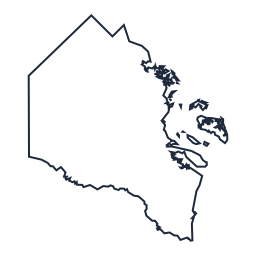 outline of Villarino, Buenos Aires, Argentina
{"feature_id": "61730980B44606052944654", "entity_name": "Villarino", "entity_type": "district", "adm_level": 2, "iso_a3": "ARG", "parent_name": "Argentina", "parent_adm1": "Buenos Aires", "projection": "natural_earth1", "projection_center": [-62.259, -39.152], "detail": "fine", "context": "isolated", "style": "outline", "palette": "slate", "viewbox_px": 256, "rotation_deg": 0, "n_neighbors": 0, "source": "geoboundaries", "source_scale": "gbopen_adm2", "svg_char_len": 5963}
<svg xmlns="http://www.w3.org/2000/svg" viewBox="0 0 256 256"><path d="M129.3,41.3L123.9,25.0L112.4,36.4L91.3,15.4L28.7,75.8L29.0,156.7L41.4,159.6L47.7,162.9L50.5,166.2L52.8,166.2L56.4,170.3L60.9,167.1L65.5,172.4L64.0,176.7L66.8,176.7L65.5,178.6L66.2,179.7L70.2,178.0L69.2,180.6L72.6,182.2L74.5,181.3L75.1,183.5L76.7,182.1L76.9,184.7L82.3,184.9L83.5,187.1L90.0,185.0L97.5,189.4L103.2,186.1L108.3,186.6L110.4,185.4L113.0,186.2L114.4,188.7L118.6,190.0L120.3,188.5L124.1,188.7L125.2,190.3L127.0,189.2L128.2,192.1L134.0,195.7L138.4,196.3L144.4,201.6L144.5,203.9L146.6,205.2L146.5,209.2L145.1,211.0L146.4,215.7L152.3,220.8L155.0,220.7L157.4,223.8L156.8,225.6L159.6,227.1L157.0,228.4L157.7,229.8L160.2,229.1L164.4,233.3L169.6,232.5L174.2,235.4L177.5,235.7L180.4,239.9L187.1,237.6L188.2,238.8L189.4,237.9L188.8,238.5L190.5,240.6L192.4,240.4L191.9,223.6L193.6,217.8L192.2,218.0L196.1,213.5L194.3,211.4L195.2,214.5L192.7,210.7L196.5,190.9L199.5,185.4L202.2,175.9L189.8,167.5L188.9,168.7L187.3,168.3L189.1,167.9L188.7,165.0L187.0,165.8L187.3,167.2L186.9,167.9L186.6,166.3L185.8,166.8L187.1,165.4L186.5,164.3L184.7,167.8L184.7,166.3L183.2,165.4L182.8,168.1L181.2,168.4L180.5,167.6L182.3,168.0L183.0,164.5L177.1,161.8L180.7,161.9L181.8,159.7L178.3,160.7L177.2,159.4L174.1,159.7L174.6,158.9L172.4,158.0L171.9,156.3L174.5,155.7L171.0,155.8L174.4,154.6L172.6,153.5L171.1,154.9L172.2,153.2L170.8,151.9L175.4,152.8L178.4,151.5L182.2,153.3L184.2,151.8L186.4,157.1L197.0,166.7L205.2,166.7L206.8,165.0L206.7,161.4L206.3,162.6L202.8,160.0L200.0,155.3L191.3,150.9L171.9,146.5L167.1,146.6L167.7,145.4L166.9,145.0L169.1,143.2L171.1,145.1L173.6,143.8L177.4,144.2L174.4,141.0L171.5,140.3L171.6,141.1L171.0,141.3L171.3,140.1L167.9,137.7L165.2,130.9L163.8,129.9L165.1,125.0L162.5,121.8L165.3,122.4L162.3,119.9L168.4,112.1L169.4,107.6L168.7,108.0L168.7,105.7L167.1,104.0L169.2,102.4L166.5,102.8L167.4,102.1L166.5,98.4L163.3,95.5L166.6,88.0L165.6,84.8L164.2,84.8L164.2,82.5L162.5,81.3L163.5,81.6L164.8,79.4L164.3,78.1L165.9,77.3L163.1,78.6L161.4,75.4L160.2,76.3L161.1,78.5L159.9,78.2L159.4,75.3L158.0,75.6L158.0,77.3L156.9,76.7L157.9,76.1L157.2,74.5L154.5,74.0L157.8,73.6L156.6,70.4L158.2,72.8L159.5,73.0L158.5,72.0L159.0,71.3L160.8,73.6L159.9,71.0L162.3,73.6L162.5,71.6L164.4,73.5L168.5,71.0L165.7,69.4L164.0,71.5L163.7,69.8L161.9,69.1L163.6,66.9L160.3,68.0L162.4,66.2L159.7,66.1L159.4,69.6L158.6,68.0L156.2,68.3L155.4,65.7L154.7,68.9L154.0,66.8L152.2,68.5L148.3,67.4L147.5,69.5L146.4,68.6L147.5,71.5L146.3,71.2L144.8,69.4L144.9,66.5L141.8,64.5L144.0,62.4L142.6,61.9L142.9,61.1L146.1,63.1L148.1,61.3L150.6,61.6L148.1,51.6L141.9,45.9L129.3,41.3ZM209.9,119.3L205.5,117.6L206.7,119.7L206.5,120.9L204.0,121.3L205.6,121.7L206.1,122.2L206.0,122.6L202.8,121.2L203.6,122.2L203.0,125.3L202.6,124.0L201.1,125.6L200.8,129.0L205.7,129.9L208.2,131.8L208.8,130.7L211.0,133.1L212.6,131.8L214.6,132.4L215.1,134.8L218.9,136.6L219.8,139.2L225.0,143.1L227.3,139.9L227.2,134.9L225.6,129.8L225.8,134.9L225.1,135.4L224.6,134.8L224.4,135.4L223.2,135.9L224.5,134.6L225.6,134.9L225.1,130.2L223.7,130.2L223.0,129.3L223.9,129.7L224.2,128.1L224.9,127.8L223.2,123.9L223.1,119.2L221.7,118.2L222.7,120.8L222.6,124.3L221.6,125.7L222.6,129.2L220.5,127.1L219.9,129.8L217.4,126.2L215.9,127.7L215.0,127.4L219.3,124.8L217.9,123.0L218.8,121.6L218.0,122.5L217.7,121.6L219.4,120.0L218.0,119.5L217.4,120.9L216.5,121.0L215.9,120.3L215.5,122.0L215.7,120.1L217.2,120.7L217.0,119.0L211.3,118.1L210.9,120.0L212.8,121.3L212.4,122.1L210.7,119.9L211.1,118.1L209.4,118.0L210.1,119.0L210.0,119.8L208.2,120.6L209.7,121.2L208.4,122.4L209.5,123.9L208.2,124.6L209.0,123.7L207.8,124.0L207.8,122.3L209.5,121.2L207.9,120.5L209.9,119.3ZM206.7,104.9L197.9,100.9L191.7,104.3L193.6,104.9L193.2,106.2L195.6,107.4L198.5,104.1L201.4,106.2L200.3,107.0L202.9,110.0L204.7,108.0L206.2,108.3L207.1,105.9L205.5,106.7L206.7,104.9ZM205.3,117.4L201.1,115.8L197.8,117.4L197.2,119.6L200.2,125.4L198.5,125.3L198.7,127.6L200.2,127.9L201.0,125.3L203.4,122.1L202.6,121.5L203.2,120.2L205.2,120.2L206.3,120.8L205.3,117.4ZM199.8,143.3L192.5,137.2L187.5,135.1L187.7,137.7L193.3,143.0L196.3,144.1L199.8,143.3ZM220.5,125.4L222.3,123.4L220.0,120.9L218.2,122.9L219.8,124.3L218.4,126.5L219.7,128.5L220.1,126.8L221.3,126.9L220.2,126.6L220.5,125.4ZM208.5,143.7L204.6,141.9L203.9,144.2L206.7,145.9L208.5,143.7ZM178.7,80.4L174.7,75.5L173.0,77.5L175.6,78.3L176.4,80.4L178.7,80.4ZM171.3,94.4L175.0,91.2L171.8,91.6L170.0,94.6L171.4,95.7L171.3,94.4ZM191.7,104.5L190.3,105.6L189.9,109.3L192.3,108.2L191.7,104.5ZM169.4,107.3L172.1,106.4L173.1,103.5L169.0,105.1L169.4,107.3ZM206.3,102.6L200.8,100.6L204.7,103.1L206.3,102.6ZM174.1,74.6L174.5,73.3L171.9,71.1L172.6,74.3L174.1,74.6ZM171.0,83.6L168.1,81.9L167.6,84.4L170.0,86.1L168.6,83.8L171.0,83.6ZM177.7,133.4L177.0,134.3L179.0,136.7L179.1,135.6L177.7,133.4ZM180.7,159.2L177.4,159.1L179.6,160.2L180.7,159.2ZM169.9,79.6L167.2,78.4L168.1,80.1L169.9,79.6ZM182.1,104.5L179.8,104.6L180.9,107.0L181.1,105.0L182.1,104.5ZM167.0,78.9L165.3,78.9L167.5,80.1L167.0,78.9ZM173.5,83.0L170.2,82.8L172.9,83.7L173.5,83.0ZM168.7,76.3L167.0,76.6L166.8,77.3L168.3,77.2L168.7,76.3ZM166.9,83.2L167.2,81.5L166.1,83.2L166.9,83.2ZM169.9,97.3L169.7,96.1L169.5,95.9L168.8,97.3L169.9,97.3ZM197.3,100.2L198.9,100.1L199.0,99.8L197.3,100.2ZM224.1,129.8L224.9,128.3L224.8,128.0L224.1,129.8ZM171.6,80.6L171.3,79.6L171.0,80.6L171.6,80.6ZM176.3,158.3L175.0,158.3L174.6,158.2L175.1,159.0L176.1,158.8L176.3,158.3ZM182.5,131.8L183.5,131.9L182.9,131.4L182.5,131.8ZM170.3,97.3L171.2,96.8L170.0,96.1L170.3,97.3ZM173.4,82.3L172.0,82.3L172.0,82.6L173.4,82.3ZM175.8,158.0L175.6,157.5L174.4,157.6L175.8,158.0ZM220.1,119.6L219.2,119.1L218.6,119.4L219.5,119.7L220.1,119.6ZM170.7,100.1L171.4,99.5L170.4,99.8L170.7,100.1ZM168.5,75.2L168.9,74.5L168.0,75.0L168.5,75.2ZM177.5,83.2L177.0,82.7L176.9,83.1L177.5,83.2ZM165.1,81.0L165.0,80.1L164.6,80.7L165.1,81.0ZM166.2,75.5L167.0,75.4L167.1,75.2L166.2,75.5ZM203.3,120.4L204.0,120.4L203.3,120.4Z" fill="none" stroke="#1e293b" stroke-width="2"/></svg>